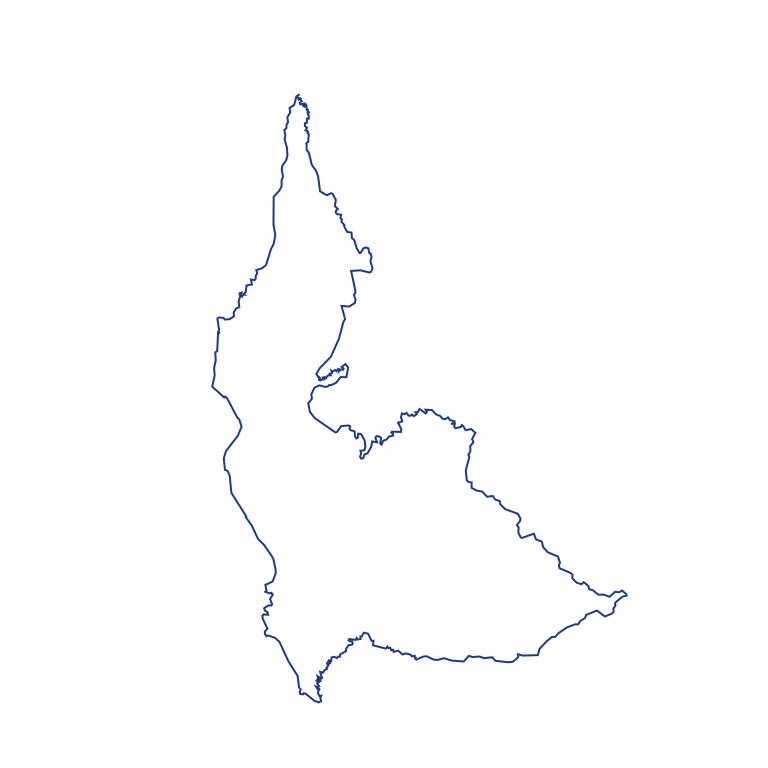 outline of Mamuju Utara, Sulawesi Barat, Indonesia, rotated 345°
{"feature_id": "22746128B5634485200629", "entity_name": "Mamuju Utara", "entity_type": "district", "adm_level": 2, "iso_a3": "IDN", "parent_name": "Indonesia", "parent_adm1": "Sulawesi Barat", "projection": "albers", "projection_center": [119.556, -1.342], "detail": "fine", "context": "isolated", "style": "outline", "palette": "blue", "viewbox_px": 768, "rotation_deg": 345, "n_neighbors": 0, "source": "geoboundaries", "source_scale": "gbopen_adm2", "svg_char_len": 6145}
<svg xmlns="http://www.w3.org/2000/svg" viewBox="0 0 768 768"><g transform="rotate(345 384 384)"><path d="M375.3,87.1L374.6,83.4L377.5,82.3L373.9,83.4L369.4,91.2L364.1,93.0L364.0,97.1L359.7,101.4L359.0,106.5L357.0,108.2L355.9,111.6L353.4,113.0L353.1,118.1L351.3,122.0L351.4,131.0L349.8,138.5L347.4,142.5L342.1,147.2L340.6,150.7L340.2,157.5L337.8,160.7L336.3,166.4L332.9,170.2L325.9,174.6L318.5,201.4L317.6,212.0L313.5,220.4L309.7,224.5L300.9,238.5L295.9,240.7L290.1,240.9L290.2,244.4L288.3,245.9L287.3,249.1L285.7,250.2L282.5,248.6L282.2,253.7L276.8,253.2L274.1,259.6L271.9,260.6L272.5,261.6L271.1,261.1L269.5,262.9L268.4,260.8L269.9,258.9L267.9,259.0L267.7,262.1L264.9,266.7L264.2,272.2L260.5,272.9L257.4,276.0L256.5,279.8L251.6,281.4L246.9,280.5L246.0,278.6L241.9,277.0L240.0,277.7L238.8,288.2L237.9,291.1L237.4,290.4L238.3,292.7L237.1,291.2L231.4,309.0L229.2,309.8L227.6,317.6L224.0,324.6L222.7,331.8L217.4,342.1L226.1,355.6L227.1,354.9L228.7,356.9L233.5,378.1L235.0,380.8L235.4,388.4L229.3,396.2L213.9,408.0L209.9,414.5L208.2,425.8L210.5,427.5L211.2,432.9L208.4,449.6L216.7,476.3L216.0,476.9L219.6,486.3L222.2,501.0L226.4,508.2L231.0,521.1L231.8,524.5L231.3,534.9L230.4,538.8L225.4,545.9L217.4,547.4L217.0,553.2L215.6,554.0L219.6,556.8L221.3,556.6L222.0,558.7L218.3,562.2L218.9,568.0L217.9,568.8L215.0,567.9L210.1,569.6L210.4,572.0L212.4,574.4L212.3,576.9L208.1,575.4L206.5,576.4L206.1,579.6L208.1,590.1L204.7,592.4L204.4,594.9L205.2,597.3L207.0,596.9L213.0,600.9L216.3,606.1L219.9,627.0L225.0,643.6L223.4,655.1L224.4,657.5L222.8,659.9L222.9,661.8L225.5,662.8L226.7,661.9L228.3,663.0L234.7,671.9L238.6,674.7L241.2,674.1L241.3,670.5L242.7,668.8L240.9,668.6L240.2,666.2L241.4,662.7L243.4,662.0L241.0,661.7L240.0,658.6L241.6,659.8L243.2,659.3L241.8,655.8L243.5,655.2L242.0,653.1L242.9,652.4L244.2,654.4L245.6,654.4L244.1,652.3L244.2,649.0L246.0,650.8L246.0,652.5L248.0,652.1L247.8,645.5L250.4,647.1L252.0,645.3L255.2,644.3L255.1,643.0L257.0,642.0L256.7,638.8L257.6,638.6L258.3,640.2L259.8,639.5L258.6,637.3L259.2,636.6L261.3,637.9L262.5,634.5L265.2,634.6L267.5,636.5L269.0,635.5L270.8,636.0L271.7,633.8L278.2,632.2L278.8,629.9L282.4,627.1L285.6,627.6L286.7,626.5L286.4,624.0L284.8,624.0L283.4,622.4L284.7,621.3L290.1,623.8L291.7,622.4L291.7,623.8L295.3,624.3L295.9,621.8L297.1,622.2L300.1,619.0L304.0,621.1L305.5,628.9L307.4,629.3L305.8,633.6L317.4,640.1L319.3,638.5L320.1,640.2L321.8,640.4L322.0,643.1L324.1,643.1L324.0,645.3L328.7,645.2L331.8,650.0L335.5,649.9L339.7,652.4L340.3,654.1L343.2,654.5L342.7,655.4L343.9,656.5L343.0,657.5L344.0,658.6L351.7,657.4L354.9,658.1L360.6,663.1L364.6,664.4L371.0,664.4L377.7,668.6L389.2,672.7L395.6,668.5L398.7,670.6L405.8,672.0L409.6,674.7L417.9,676.0L419.9,680.2L432.2,685.0L436.4,685.6L439.8,684.3L443.2,682.3L443.4,679.7L448.0,682.3L462.4,685.7L465.6,680.2L474.4,674.7L480.6,671.9L484.1,672.5L488.2,669.8L497.8,666.4L506.6,665.6L509.3,666.4L512.5,663.6L517.4,662.2L519.5,659.4L531.1,658.0L537.2,665.7L544.1,664.9L546.8,663.6L547.5,660.2L550.2,658.0L550.2,656.0L551.5,654.7L559.2,651.2L563.6,651.2L563.5,649.5L560.5,645.1L557.6,646.1L553.5,644.5L546.8,647.9L541.9,644.4L536.6,643.0L532.4,637.3L529.1,635.4L529.1,631.9L525.7,627.1L522.9,628.5L518.7,625.8L515.6,620.4L516.7,616.9L515.3,614.8L505.9,607.4L505.9,604.7L507.7,602.1L507.4,595.8L498.5,588.8L495.5,582.7L495.7,577.1L490.5,573.3L490.1,567.4L477.5,568.4L476.3,567.5L475.3,562.3L476.9,557.4L475.8,554.6L479.7,551.8L481.0,549.4L479.7,544.0L468.6,536.2L465.2,530.3L465.4,526.9L461.4,524.3L460.1,520.3L454.4,519.6L451.1,513.4L445.8,510.8L441.7,506.9L443.2,501.8L440.2,500.5L439.0,498.6L440.6,488.7L447.5,476.7L447.2,474.2L450.1,471.1L451.2,466.3L455.3,463.4L454.8,460.0L459.6,454.9L456.6,450.1L450.8,449.7L449.6,444.9L448.4,443.8L447.1,445.4L441.7,445.2L440.7,443.6L442.1,440.6L438.5,440.0L442.0,439.4L442.5,438.3L438.4,435.9L437.2,432.8L434.0,433.8L432.0,433.1L429.7,429.1L426.5,427.0L423.6,421.6L417.5,419.6L418.2,422.1L416.6,423.2L411.8,417.3L409.5,419.9L407.1,419.4L407.9,421.5L404.5,422.8L403.0,420.7L401.1,421.5L399.4,420.8L398.4,417.7L395.8,418.5L393.7,417.0L391.7,420.7L392.0,424.8L387.5,425.0L389.0,432.1L388.0,434.7L379.4,432.1L378.6,432.8L379.7,434.3L379.5,436.2L375.2,436.0L372.2,438.3L368.4,438.7L365.9,441.9L365.0,440.5L367.2,435.3L366.0,433.5L363.2,432.4L361.7,433.8L362.2,438.5L357.7,436.4L355.3,441.5L350.0,446.8L347.0,446.9L344.7,450.3L342.6,450.1L342.1,448.0L343.9,445.3L344.0,442.4L348.0,442.9L349.8,439.6L350.7,433.6L348.9,426.5L346.3,425.3L344.9,428.9L343.2,429.4L342.5,427.1L343.3,422.0L339.6,419.9L339.1,418.4L340.4,416.0L338.8,414.8L331.7,413.6L326.1,418.2L324.4,418.1L308.3,399.0L305.2,391.8L305.8,383.1L310.6,379.5L311.1,375.2L315.8,369.6L321.3,368.6L326.5,371.6L329.2,371.8L330.8,370.8L332.6,371.5L338.1,370.4L343.9,366.1L349.4,367.6L353.7,358.7L351.9,354.8L347.5,356.5L349.0,358.6L347.9,359.7L345.8,358.8L344.0,359.9L344.8,358.3L343.4,357.6L341.5,359.4L340.6,357.9L337.5,358.6L336.7,357.6L336.7,360.0L334.3,360.1L334.7,361.8L333.0,361.2L330.3,362.1L329.8,363.3L328.1,362.0L327.8,363.4L326.5,362.3L326.4,364.0L324.3,363.6L323.8,362.3L323.4,363.9L322.2,363.1L322.9,361.8L321.2,356.9L325.7,352.3L339.8,343.9L352.1,328.7L360.8,313.6L363.2,311.3L363.2,297.6L370.5,300.2L377.0,298.1L378.3,295.0L378.0,290.0L379.9,288.7L380.5,285.8L381.5,266.2L390.9,268.2L398.5,272.4L400.3,272.4L402.9,269.4L402.7,261.7L404.9,258.0L404.8,254.6L403.7,253.8L404.0,248.9L401.8,247.4L399.4,247.6L395.3,251.3L394.2,251.2L392.7,245.5L392.6,237.3L390.8,234.9L391.8,229.3L387.7,227.5L386.3,221.5L386.9,220.2L384.9,216.4L385.9,214.1L384.9,212.7L386.4,209.3L382.5,207.7L381.7,205.9L382.7,204.0L384.7,203.1L382.6,199.5L385.1,193.7L383.5,186.8L382.2,186.0L377.6,186.9L372.1,181.3L374.1,166.2L373.6,160.7L371.0,153.7L371.3,141.4L369.9,137.9L371.5,131.1L373.3,130.7L376.0,123.3L375.0,121.7L376.0,121.0L375.5,119.7L373.8,118.7L375.9,116.6L374.3,114.2L375.2,111.7L376.8,112.0L378.4,107.6L380.0,108.2L380.9,105.2L380.2,103.5L381.9,102.2L380.6,101.3L381.4,99.5L380.4,99.2L381.2,93.9L379.9,93.6L378.9,95.4L377.9,94.3L379.4,92.4L375.6,92.3L375.5,90.4L377.7,89.5L376.8,87.7L377.5,86.9L376.8,86.1L375.3,87.1Z" fill="none" stroke="#1e3a8a" stroke-width="2"/></g></svg>